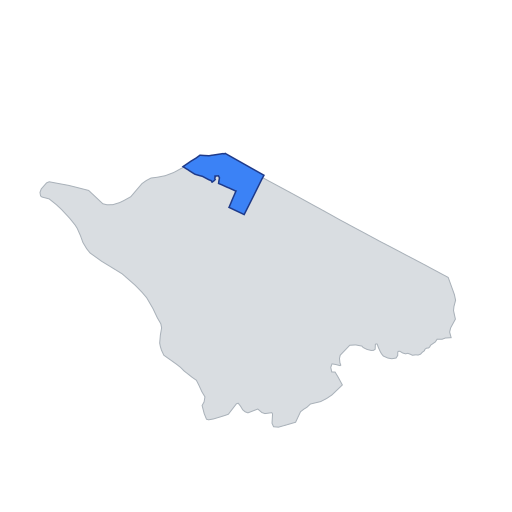 location of Abu Kamal, Dayr Az Zawr, Syria, rotated 239°
{"feature_id": "27442178B22276011833046", "entity_name": "Abu Kamal", "entity_type": "district", "adm_level": 2, "iso_a3": "SYR", "parent_name": "Syria", "parent_adm1": "Dayr Az Zawr", "projection": "albers", "projection_center": [40.768, 34.588], "detail": "fine", "context": "in_parent", "style": "filled", "palette": "blue", "viewbox_px": 512, "rotation_deg": 239, "n_neighbors": 0, "source": "geoboundaries", "source_scale": "gbopen_adm2", "svg_char_len": 3752}
<svg xmlns="http://www.w3.org/2000/svg" viewBox="0 0 512 512"><g transform="rotate(239 256 256)"><path d="M100.6,183.1L104.4,183.6L112.2,188.9L113.6,188.8L116.3,182.5L118.8,180.4L123.9,178.7L125.7,168.3L128.1,166.4L131.0,165.4L135.3,165.4L139.0,164.9L139.4,163.1L134.6,150.8L135.2,147.8L138.2,135.7L140.0,131.0L141.6,129.5L147.5,130.4L155.6,132.8L157.7,136.4L161.6,139.7L167.7,139.7L174.7,140.5L180.2,140.9L184.6,138.9L194.6,135.1L199.5,133.9L204.0,132.2L218.4,125.9L224.1,126.5L228.0,127.5L231.0,128.6L237.6,133.4L243.0,138.1L246.9,139.5L253.9,139.6L264.0,140.6L276.4,140.8L283.7,139.6L293.0,137.4L309.6,132.1L331.3,120.8L344.1,115.3L349.5,114.6L356.7,114.6L363.8,116.0L371.9,117.0L375.7,116.9L384.4,115.7L395.8,113.3L402.9,111.3L411.5,108.1L416.8,102.9L418.5,102.3L420.8,103.2L421.8,103.6L424.1,106.5L426.5,114.0L426.5,114.8L426.1,117.0L420.5,123.3L413.0,131.8L407.6,137.2L398.4,146.3L391.4,148.3L379.7,151.6L376.6,154.7L373.7,159.8L372.0,166.7L371.6,171.1L371.3,179.2L374.1,187.5L376.8,195.6L377.2,200.9L376.9,206.2L374.4,211.8L371.6,219.5L370.0,228.2L369.2,244.5L369.3,258.4L369.1,260.6L364.2,270.4L358.4,281.9L355.8,284.5L343.1,288.0L329.3,296.3L313.7,305.6L299.6,314.0L284.7,322.8L269.2,331.8L258.1,338.3L243.1,346.9L229.5,355.0L215.6,363.3L205.1,369.5L189.0,379.4L179.5,385.1L165.6,393.6L153.2,401.0L138.6,409.7L120.8,406.2L115.3,404.3L110.8,399.7L107.5,397.2L99.2,394.4L94.2,385.9L91.1,382.8L85.5,381.2L88.2,376.0L88.8,372.6L91.4,368.4L90.0,365.5L89.6,359.6L88.6,358.1L88.3,356.5L89.2,354.6L89.0,352.6L88.1,351.7L87.8,348.8L87.1,346.5L87.6,343.9L88.9,342.2L90.4,338.9L91.9,338.0L94.4,336.0L95.1,333.8L97.3,331.8L100.3,330.2L101.0,328.8L100.6,328.0L97.8,326.3L96.4,323.5L98.0,319.5L99.0,318.3L100.7,316.4L104.7,313.6L107.7,313.2L110.3,313.3L114.6,313.8L118.0,314.5L118.8,313.7L118.8,312.8L114.7,310.1L114.6,308.2L115.7,306.1L118.8,303.0L122.4,300.7L124.2,300.4L128.4,295.7L131.2,290.4L127.6,277.1L125.2,274.8L121.2,272.9L118.8,272.5L118.7,271.6L122.0,268.4L124.4,265.6L122.0,262.7L117.6,261.2L115.8,264.0L110.0,264.0L101.0,263.6L97.8,249.5L97.5,243.4L97.9,236.5L101.1,226.4L100.1,221.6L100.1,218.4L99.6,214.0L93.1,204.3L97.7,187.1L100.6,183.1Z" fill="#d9dde1" stroke="#a8b0b8" stroke-width="1"/><path d="M321.1,304.4L359.0,282.9L359.2,282.7L359.8,282.5L360.0,281.2L360.2,280.9L360.5,280.8L360.6,280.7L360.8,280.4L361.5,278.7L361.7,278.2L364.7,270.9L365.2,269.8L365.4,269.3L365.4,269.2L366.2,267.2L367.6,265.2L368.3,264.1L371.1,260.1L371.2,259.9L371.3,259.6L371.1,258.4L371.0,257.0L370.9,256.1L370.8,254.9L370.8,252.5L370.8,250.9L370.8,250.1L370.8,249.4L370.8,249.2L370.6,246.2L370.4,242.7L370.3,241.3L370.3,241.1L370.3,240.7L370.3,240.3L370.2,239.4L368.7,240.2L366.8,241.1L365.9,241.6L365.7,241.7L365.6,241.8L365.0,242.1L363.6,242.7L359.0,245.0L357.5,245.8L357.3,246.0L356.4,246.8L353.8,249.2L351.9,251.1L345.9,254.7L345.3,255.1L345.1,255.3L344.4,255.8L344.0,256.2L343.9,256.2L343.8,256.3L343.7,256.3L343.3,256.4L342.7,256.5L342.5,256.4L342.3,256.4L342.0,256.3L341.9,256.4L342.1,258.5L342.2,259.1L342.4,259.9L342.5,260.0L342.7,260.4L342.7,260.5L343.0,260.5L343.3,260.6L343.8,260.6L344.0,260.7L344.2,260.9L344.3,261.1L344.6,261.5L344.9,262.0L345.3,261.9L345.6,261.9L345.7,262.0L345.5,262.3L345.4,262.5L344.9,263.5L344.5,264.2L344.2,265.0L343.7,265.1L343.3,265.0L342.9,265.0L342.4,265.0L341.9,265.0L341.2,264.4L340.0,263.4L339.4,262.8L337.7,261.5L337.5,261.3L337.3,261.4L336.6,261.9L334.6,263.4L329.9,266.6L328.6,267.6L328.4,267.8L326.0,269.4L324.9,270.2L322.5,271.8L322.0,272.3L321.8,272.0L319.7,269.1L319.0,268.1L317.5,266.0L316.2,264.2L314.4,261.8L312.2,258.8L311.7,258.1L311.6,257.9L311.1,258.2L311.0,258.3L306.6,261.2L301.7,264.5L297.6,267.2L309.0,285.2L318.8,300.5L321.1,304.4Z" fill="#3b82f6" stroke="#1e3a8a" stroke-width="1.5"/></g></svg>